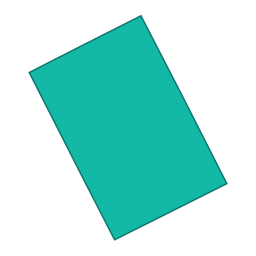 Brookings, South Dakota, United States of America (Equal Earth projection), rotated 243°
{"feature_id": "52423323B48184039909983", "entity_name": "Brookings", "entity_type": "district", "adm_level": 2, "iso_a3": "USA", "parent_name": "United States of America", "parent_adm1": "South Dakota", "projection": "equal_earth", "projection_center": [-96.535, 44.37], "detail": "fine", "context": "isolated", "style": "filled", "palette": "teal", "viewbox_px": 256, "rotation_deg": 243, "n_neighbors": 0, "source": "geoboundaries", "source_scale": "gbopen_adm2", "svg_char_len": 579}
<svg xmlns="http://www.w3.org/2000/svg" viewBox="0 0 256 256"><g transform="rotate(243 128 128)"><path d="M101.9,65.1L34.5,65.3L33.6,190.8L100.6,190.9L134.7,190.9L222.1,190.5L222.1,190.4L222.2,169.6L222.2,169.3L222.2,164.4L222.2,163.3L222.2,159.4L222.2,158.3L222.2,154.2L222.3,153.6L222.2,148.8L222.3,148.3L222.2,143.7L222.2,143.0L222.3,138.4L222.3,137.9L222.2,136.7L222.2,133.3L222.3,131.4L222.3,122.9L222.3,120.7L222.3,102.0L222.4,95.2L222.2,91.4L222.3,90.6L222.3,78.4L222.3,74.8L222.2,71.2L222.3,65.2L101.9,65.1Z" fill="#14b8a6" stroke="#0f766e" stroke-width="1.5"/></g></svg>